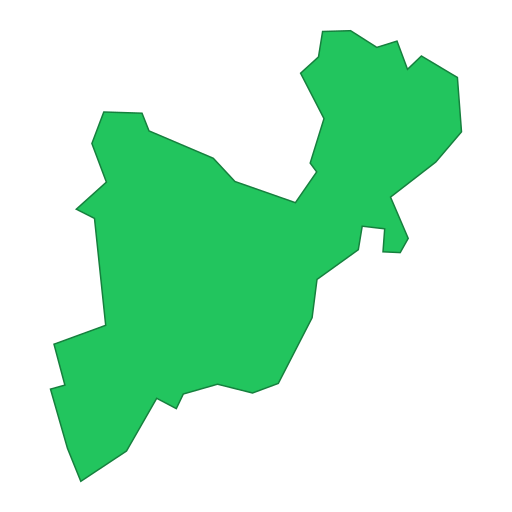 Arachinovo, Lipkovo, North Macedonia
{"feature_id": "65306769B96419265045604", "entity_name": "Arachinovo", "entity_type": "district", "adm_level": 2, "iso_a3": "MKD", "parent_name": "North Macedonia", "parent_adm1": "Lipkovo", "projection": "orthographic", "projection_center": [21.596, 42.042], "detail": "fine", "context": "isolated", "style": "filled", "palette": "green", "viewbox_px": 512, "rotation_deg": 0, "n_neighbors": 0, "source": "geoboundaries", "source_scale": "gbopen_adm2", "svg_char_len": 678}
<svg xmlns="http://www.w3.org/2000/svg" viewBox="0 0 512 512"><path d="M322.6,31.5L318.5,56.9L300.6,73.2L324.0,118.6L310.2,163.1L316.7,171.9L295.4,202.7L234.9,181.5L213.3,158.3L149.0,130.9L142.0,113.2L103.8,112.0L91.9,143.5L106.4,182.1L76.3,209.2L94.5,218.4L105.7,325.3L54.0,344.2L64.9,385.1L50.5,389.1L67.5,448.4L80.8,481.3L126.5,451.0L156.7,398.3L176.3,408.6L183.3,394.0L217.5,384.2L252.5,393.0L278.3,383.4L312.1,317.7L317.0,279.4L358.3,249.7L362.2,226.2L384.7,228.8L383.0,251.8L400.2,252.6L408.2,238.4L390.5,197.1L435.8,162.0L461.5,131.8L457.4,77.5L421.4,56.0L407.5,69.3L397.0,41.1L376.8,47.4L350.6,30.7L322.6,31.5Z" fill="#22c55e" stroke="#15803d" stroke-width="1.5"/></svg>